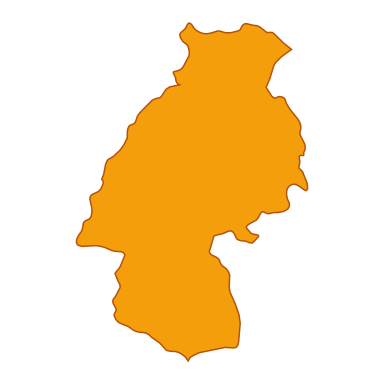 the border of Huancavelica
{"feature_id": "PER-588", "entity_name": "Huancavelica", "entity_type": "Department", "adm_level": 1, "iso_a3": "PER", "parent_name": "Peru", "parent_adm1": "", "projection": "mercator", "projection_center": [-74.962, -13.06], "detail": "fine", "context": "isolated", "style": "filled", "palette": "amber", "viewbox_px": 384, "rotation_deg": 0, "n_neighbors": 0, "source": "natural_earth", "source_scale": "10m", "svg_char_len": 4081}
<svg xmlns="http://www.w3.org/2000/svg" viewBox="0 0 384 384"><path d="M291.5,49.4L281.5,56.7L276.1,62.0L274.8,63.9L273.8,65.7L269.7,79.0L266.1,87.4L271.7,96.1L272.8,97.0L274.3,98.1L275.2,98.0L276.1,97.8L276.9,97.5L278.2,96.8L279.2,96.6L280.4,96.6L282.6,97.2L283.7,97.8L284.5,98.5L284.9,99.2L286.6,103.7L287.5,105.3L290.3,109.8L298.0,119.3L299.5,121.9L300.4,124.2L300.8,126.0L300.7,129.1L300.4,131.0L299.8,132.6L300.1,134.1L300.8,136.3L304.3,143.1L304.9,144.8L305.1,146.7L305.1,148.7L305.0,149.6L304.8,150.4L304.0,151.9L303.7,152.5L303.7,153.3L303.8,154.1L303.8,154.8L303.6,155.3L303.5,155.5L303.2,155.6L301.1,155.3L300.6,155.4L300.2,155.7L299.1,156.7L299.8,161.5L299.7,163.0L298.8,167.9L302.5,171.6L306.9,182.6L307.4,185.0L307.6,188.8L306.4,190.6L305.4,190.4L304.2,189.8L299.5,186.4L296.2,184.6L293.9,184.2L292.0,184.5L290.6,185.2L289.3,186.1L288.3,187.2L287.5,188.6L286.9,190.1L286.6,191.9L286.6,193.8L286.7,195.7L287.5,199.2L288.9,202.0L289.3,203.4L289.5,204.9L289.1,206.8L287.9,208.9L285.3,210.6L283.2,211.5L277.8,212.6L274.7,212.5L272.9,212.7L269.6,213.5L268.0,213.7L266.4,213.3L263.8,212.0L262.6,211.7L261.5,212.3L260.6,213.4L258.1,218.0L256.1,220.2L248.7,224.3L246.8,226.0L246.2,227.4L247.2,228.8L250.8,233.1L252.2,233.7L254.1,234.3L256.0,234.6L258.3,235.3L258.7,236.1L257.9,237.4L252.5,243.0L249.4,242.7L247.5,241.9L245.3,241.1L241.0,240.7L238.6,240.0L237.0,239.1L236.3,238.0L234.0,233.3L233.0,232.1L231.7,231.1L230.2,230.9L228.7,231.1L223.0,233.6L215.3,235.4L214.3,236.0L213.6,237.0L209.3,251.7L209.8,253.0L210.6,254.0L211.9,255.0L216.2,257.2L218.6,259.0L219.2,259.9L219.5,260.4L220.1,262.2L220.7,263.6L221.5,264.9L222.6,266.0L225.1,267.8L226.2,268.8L227.1,269.8L227.7,270.6L228.8,272.6L229.7,275.2L229.2,287.2L230.0,292.1L235.5,304.5L239.1,315.1L240.2,323.2L238.6,341.7L238.0,344.5L236.9,346.6L235.6,347.6L233.2,347.9L225.0,347.4L199.6,352.6L193.4,355.4L189.7,357.8L188.2,361.0L185.3,356.9L182.0,354.3L179.3,352.7L177.2,352.0L175.3,351.5L170.8,351.3L166.5,350.4L159.7,343.0L151.5,337.2L148.7,334.5L146.6,333.4L145.2,332.8L139.5,332.2L137.4,331.8L134.4,330.7L132.2,329.4L129.7,327.4L127.9,326.4L119.1,322.8L117.2,321.1L115.9,319.4L114.5,316.6L114.1,315.2L114.4,313.7L115.8,311.1L116.2,309.7L115.8,308.2L113.5,304.1L113.0,302.6L112.8,301.3L113.2,299.3L115.4,296.6L120.2,287.4L120.0,285.2L119.4,283.6L117.9,280.7L115.0,273.5L116.7,271.1L118.8,268.8L120.4,266.1L124.9,255.0L124.0,253.3L122.6,252.3L120.9,251.7L115.4,251.3L112.0,250.6L104.3,247.3L99.2,246.0L96.1,245.7L92.9,245.8L82.5,246.4L78.3,245.4L77.2,244.3L76.6,242.9L76.4,241.2L76.7,239.5L77.3,237.9L78.8,235.1L81.5,231.3L82.1,229.8L82.6,228.1L83.2,224.2L83.7,222.5L84.7,221.3L85.9,220.5L88.9,219.2L90.3,217.9L91.2,216.0L91.9,212.6L92.0,210.1L91.8,207.9L89.9,199.3L90.1,197.1L90.9,195.5L92.1,194.5L97.9,191.8L99.4,190.6L100.9,188.8L102.5,185.4L103.2,183.4L103.4,182.3L103.2,181.7L102.9,181.0L101.8,179.4L103.8,173.8L105.6,164.3L106.8,161.4L108.0,159.6L113.3,156.5L119.8,150.4L123.8,144.9L127.3,137.9L127.3,133.3L127.3,131.7L127.9,128.6L128.6,127.0L129.5,125.6L131.1,124.8L132.5,124.4L134.0,123.6L135.2,122.4L136.1,120.1L137.4,116.2L138.5,114.5L140.1,112.5L151.6,100.8L153.5,99.5L156.2,98.5L158.3,98.1L160.2,97.5L161.7,95.9L166.2,89.1L169.9,86.9L179.5,84.8L178.2,84.2L177.9,84.0L177.4,83.5L176.3,81.6L176.0,80.9L175.4,77.2L173.9,74.4L173.6,73.7L173.3,72.1L173.7,71.8L174.5,71.5L176.8,71.0L179.9,69.9L181.6,68.6L182.8,67.3L183.6,66.1L188.9,55.9L189.3,54.1L189.3,52.3L188.7,48.7L188.3,47.0L187.6,45.6L186.6,44.5L183.0,41.6L181.2,39.0L180.5,37.6L180.0,36.1L179.8,34.6L180.4,33.2L181.4,32.1L184.8,29.2L185.6,28.0L186.3,26.9L187.2,24.8L188.0,23.7L189.0,23.0L190.7,23.7L191.7,24.7L194.5,28.8L195.5,29.8L196.7,30.6L197.8,31.3L199.8,32.3L202.8,33.4L205.0,33.7L207.5,33.7L211.2,33.0L217.1,31.1L219.1,31.0L221.5,31.5L223.3,32.2L225.4,32.7L227.7,32.8L231.1,32.7L238.7,30.7L239.7,30.1L240.4,29.4L241.4,27.2L242.3,25.7L243.3,24.7L243.9,24.2L244.6,23.9L245.7,23.7L247.1,23.8L253.3,25.3L257.2,25.7L260.0,27.1L266.8,32.5L271.3,32.4L272.3,32.5L273.8,33.5L283.5,43.0L291.5,49.4Z" fill="#f59e0b" stroke="#b45309" stroke-width="1.5"/></svg>